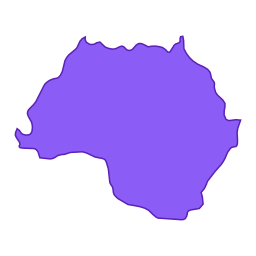 an SVG outline of Bagmati
{"feature_id": "NPL-1130", "entity_name": "Bagmati", "entity_type": "District", "adm_level": 1, "iso_a3": "NPL", "parent_name": "Nepal", "parent_adm1": "", "projection": "robinson", "projection_center": [85.32, 27.846], "detail": "fine", "context": "isolated", "style": "filled", "palette": "violet", "viewbox_px": 256, "rotation_deg": 0, "n_neighbors": 0, "source": "natural_earth", "source_scale": "10m", "svg_char_len": 2343}
<svg xmlns="http://www.w3.org/2000/svg" viewBox="0 0 256 256"><path d="M85.3,37.0L85.1,39.4L86.2,42.1L89.7,44.4L93.7,44.4L96.9,42.7L100.0,42.1L105.1,47.0L108.0,48.2L111.1,48.9L113.7,49.1L115.8,48.6L120.3,46.5L122.1,46.1L124.2,47.1L125.7,48.8L127.4,50.2L130.1,50.5L132.5,49.3L136.3,45.0L138.5,43.6L141.1,43.5L143.5,44.4L148.2,46.8L151.6,46.2L155.3,46.1L159.0,46.6L162.5,47.5L165.7,49.8L167.8,52.1L169.9,52.1L174.2,45.2L175.5,44.1L178.9,42.8L180.0,41.7L180.1,40.1L180.1,38.3L180.6,36.7L182.8,36.3L183.6,40.4L183.9,48.7L186.4,53.5L189.5,57.6L193.0,61.0L197.2,63.9L204.2,67.2L207.6,69.3L210.0,72.2L210.6,74.2L211.4,78.3L214.2,82.2L214.5,83.9L214.3,85.7L214.4,88.0L215.6,92.3L217.3,94.9L222.9,100.1L225.0,103.5L224.9,107.2L224.2,110.9L224.1,114.8L226.0,119.4L228.8,120.6L236.1,119.7L240.1,120.1L240.6,120.1L237.7,128.5L237.1,132.9L237.5,139.6L237.4,143.6L236.9,145.5L235.9,146.5L232.3,147.2L231.3,147.6L229.7,149.3L227.5,152.5L225.0,158.4L223.1,161.8L221.2,164.5L214.9,171.6L207.3,181.5L206.5,184.1L204.8,187.7L203.7,189.4L202.0,191.4L201.1,192.6L202.0,195.4L202.3,196.5L203.1,204.1L199.3,208.5L189.9,210.1L188.1,211.3L187.3,212.6L187.2,214.2L186.7,216.1L185.3,218.6L183.5,219.5L181.3,219.7L158.3,218.1L157.2,217.7L156.2,217.2L152.7,214.3L148.8,210.4L144.8,208.2L140.0,206.7L134.9,205.7L128.0,204.5L117.9,198.6L115.7,196.5L114.1,194.6L113.5,192.8L113.4,192.6L112.9,188.3L112.5,187.1L111.9,186.1L111.1,185.0L110.4,183.8L109.9,182.7L109.6,180.5L108.3,168.7L106.2,161.8L105.4,160.3L104.5,159.3L102.8,158.6L95.0,157.0L86.8,153.1L84.1,152.2L81.9,151.8L71.0,152.4L69.2,152.8L64.8,154.3L61.5,154.6L57.9,155.5L54.4,157.8L51.9,158.7L49.9,158.9L39.9,157.8L38.0,151.8L37.2,150.7L36.0,149.5L34.4,148.6L22.6,148.1L20.0,147.6L19.3,146.8L19.2,145.9L19.9,144.5L19.8,143.4L19.3,141.9L17.3,139.0L16.1,137.0L15.5,135.6L15.4,134.3L15.5,133.3L15.7,132.2L16.7,129.9L17.1,128.7L18.7,129.9L19.2,130.3L20.0,131.3L20.7,132.4L21.7,133.6L22.9,134.3L24.3,134.8L25.9,135.0L27.3,135.0L28.6,134.8L29.9,134.4L31.0,133.2L32.0,131.3L32.4,127.5L32.2,124.8L31.5,122.1L28.4,116.5L27.8,114.8L27.4,113.6L27.7,111.5L28.6,109.7L33.5,104.7L35.8,101.8L44.1,85.4L45.2,83.8L46.9,82.2L49.7,80.3L52.9,79.0L57.2,78.1L58.8,77.1L60.5,75.2L62.4,71.2L65.0,60.6L66.6,57.7L68.8,54.9L75.2,49.6L76.9,47.8L80.0,41.2L82.3,38.6L85.3,37.0L85.3,37.0Z" fill="#8b5cf6" stroke="#5b21b6" stroke-width="1.5"/></svg>